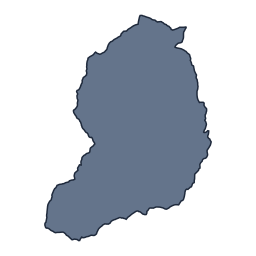 Kangpara, Tashigang, Bhutan
{"feature_id": "84629894B39590261295219", "entity_name": "Kangpara", "entity_type": "district", "adm_level": 2, "iso_a3": "BTN", "parent_name": "Bhutan", "parent_adm1": "Tashigang", "projection": "equal_earth", "projection_center": [91.702, 27.164], "detail": "fine", "context": "isolated", "style": "filled", "palette": "slate", "viewbox_px": 256, "rotation_deg": 0, "n_neighbors": 0, "source": "geoboundaries", "source_scale": "gbopen_adm2", "svg_char_len": 5718}
<svg xmlns="http://www.w3.org/2000/svg" viewBox="0 0 256 256"><path d="M78.6,240.6L79.7,240.5L80.1,239.4L80.8,238.3L81.4,237.6L81.6,237.1L81.9,237.1L82.3,237.6L83.6,237.7L85.0,237.4L85.6,237.1L86.9,236.6L87.7,236.6L88.7,236.3L91.1,235.2L94.0,235.5L95.0,235.1L95.9,234.4L96.5,233.8L96.9,232.4L97.7,230.7L98.6,228.9L99.3,228.1L100.7,226.8L101.8,226.1L102.6,225.1L104.9,223.8L105.6,224.0L108.4,224.1L110.1,223.1L111.1,221.4L112.1,220.7L114.1,219.7L115.2,219.5L116.3,218.9L118.2,218.2L119.3,217.6L120.5,217.6L121.9,218.1L122.8,217.9L123.7,218.4L124.9,218.6L126.2,219.3L127.9,217.2L129.5,216.1L131.7,214.2L136.1,211.3L137.3,211.0L138.2,211.1L138.9,211.7L139.6,211.7L140.3,211.9L142.7,214.0L144.7,214.6L146.0,214.6L146.3,214.3L146.9,212.9L146.8,211.9L146.9,211.3L147.8,210.6L149.2,208.4L150.1,208.0L153.5,208.1L154.5,207.6L156.1,207.0L157.4,207.0L159.8,207.1L163.1,207.9L164.9,208.9L165.8,209.1L166.8,209.1L167.4,208.7L168.7,208.1L170.2,206.8L172.5,205.6L174.3,204.9L175.4,204.7L177.2,204.7L178.4,204.9L178.7,204.8L179.8,203.0L181.3,200.8L182.5,200.5L182.9,200.2L183.5,199.3L184.3,196.6L184.9,193.2L184.9,192.4L185.4,190.5L186.1,189.5L186.8,189.1L187.9,189.4L188.7,188.6L189.7,187.8L190.2,187.2L191.4,186.8L191.9,185.6L192.3,184.2L192.8,183.3L194.2,182.6L194.3,180.1L194.6,179.0L194.7,174.5L194.8,174.1L197.6,171.3L198.5,170.3L198.8,169.1L199.2,168.6L199.9,168.2L200.0,167.1L199.8,164.6L200.1,163.9L200.7,162.7L202.1,161.3L202.6,159.6L203.8,158.6L205.0,158.4L206.0,157.9L206.6,157.2L207.5,155.4L207.6,154.4L207.1,151.8L207.1,150.3L208.9,147.6L210.4,145.0L211.1,142.3L211.1,141.6L210.3,140.5L209.8,139.1L208.8,138.5L207.7,137.1L207.8,135.6L208.3,134.5L208.5,133.4L208.7,131.7L208.7,130.9L207.7,130.7L206.8,131.6L205.7,132.4L204.4,132.5L203.8,132.4L203.6,132.0L204.0,131.2L204.3,130.0L205.2,128.9L206.3,124.9L206.4,124.1L205.8,122.0L205.3,121.0L204.8,120.6L204.8,120.1L205.6,118.8L205.6,118.0L205.2,117.0L205.2,114.8L205.9,113.7L206.3,111.7L206.6,111.1L206.6,109.0L206.4,108.5L205.1,107.2L204.0,105.4L204.1,103.1L203.2,102.3L200.0,102.3L199.4,102.5L197.9,99.7L197.4,98.0L197.1,96.1L197.0,94.7L197.0,91.3L197.7,89.1L198.0,86.2L197.7,85.1L197.7,82.7L197.4,81.7L197.1,79.6L196.3,78.3L196.1,77.2L196.5,75.0L195.8,73.8L194.5,71.1L193.7,67.2L193.6,66.2L193.3,65.8L192.4,65.4L191.7,64.7L191.4,62.9L190.6,60.9L190.3,60.4L190.5,59.8L190.7,58.6L190.4,57.5L189.9,56.3L189.7,55.0L189.0,54.2L187.3,53.0L186.0,51.4L185.4,51.2L184.4,50.4L181.3,48.8L176.9,47.9L175.1,47.3L175.1,46.5L175.4,46.0L176.1,45.0L178.2,43.2L180.9,42.7L182.2,41.8L182.4,40.7L183.3,38.5L183.5,37.1L183.5,33.7L183.7,31.9L184.5,30.7L185.2,29.1L186.1,27.8L186.1,27.2L185.9,27.0L183.5,27.3L180.8,27.3L179.8,27.2L178.1,28.2L174.1,29.7L172.6,30.1L171.8,29.6L171.2,29.5L170.7,28.1L170.3,27.8L169.7,27.3L168.9,26.3L168.6,26.2L167.8,26.0L166.8,25.3L166.3,24.6L164.7,24.1L164.2,23.8L163.2,22.8L162.1,22.3L161.5,21.7L160.6,21.6L158.6,21.8L157.3,22.0L156.4,21.2L155.9,21.1L155.2,20.3L154.9,20.1L153.6,20.0L152.1,19.6L150.7,18.5L148.8,17.7L146.7,17.1L144.1,16.1L143.0,15.9L142.0,15.4L141.3,15.4L140.1,15.5L139.5,16.9L138.7,20.5L138.5,21.2L138.1,24.2L135.5,24.9L133.7,25.7L132.4,26.5L130.1,28.2L129.5,28.4L127.9,29.5L126.6,31.0L123.6,31.3L121.1,34.0L120.7,35.7L119.9,36.3L118.2,37.1L117.2,37.9L114.0,39.6L112.3,41.2L110.7,41.8L109.3,43.2L108.3,44.9L107.3,47.7L107.1,48.7L106.7,49.6L105.4,50.9L104.8,51.7L104.1,52.3L103.0,52.7L100.7,54.0L99.7,54.3L99.2,54.0L97.1,53.3L95.6,52.1L94.9,52.7L93.5,54.5L92.3,55.4L90.0,56.6L88.0,58.2L88.1,58.4L88.0,58.7L87.9,59.5L87.2,61.2L86.8,63.6L86.9,64.3L86.7,64.9L86.9,65.2L86.6,66.9L86.9,68.5L86.9,69.2L86.4,70.3L86.3,70.7L86.3,71.2L86.6,71.7L86.8,73.5L86.5,74.4L86.5,75.0L86.2,75.1L85.9,75.6L85.0,76.4L83.5,77.4L83.1,77.9L83.0,78.7L82.6,79.2L82.1,80.7L82.3,81.7L82.0,83.1L81.6,83.6L81.1,84.6L81.1,85.1L80.7,85.7L80.6,86.3L80.2,87.3L79.4,88.8L78.6,89.9L77.2,90.4L76.7,91.1L76.6,91.5L76.7,91.9L77.6,93.6L77.6,94.2L77.4,94.8L77.0,95.6L77.0,96.4L77.2,98.5L77.4,99.0L77.8,99.7L77.9,100.3L77.7,101.5L77.4,102.5L77.5,103.0L77.3,103.7L77.5,104.2L77.3,106.2L76.0,108.1L75.1,109.1L74.3,109.8L73.9,109.9L73.6,110.2L73.4,110.9L73.8,112.7L75.5,115.5L75.9,115.9L76.4,116.6L76.6,117.6L77.2,118.3L78.3,118.9L79.0,119.4L79.5,120.3L80.0,121.5L80.6,122.1L80.9,123.2L81.3,124.2L81.4,125.3L81.9,126.3L81.9,126.6L82.1,127.3L82.8,128.5L84.2,129.9L84.9,131.0L86.0,132.4L87.1,132.9L87.7,133.6L88.1,134.4L88.4,135.4L88.9,136.5L89.3,137.0L90.3,137.5L91.6,137.4L92.0,137.9L92.6,139.1L92.9,140.3L93.4,141.4L94.4,142.7L94.7,143.5L94.7,144.1L94.4,144.2L93.3,145.9L92.5,146.3L91.3,147.4L90.7,147.8L90.3,148.3L90.1,149.2L90.0,150.4L89.9,150.8L89.8,151.9L88.8,152.9L86.7,153.5L86.3,153.7L85.1,154.9L84.6,155.0L83.8,155.5L82.1,157.4L81.9,158.2L81.8,159.5L81.2,160.8L80.9,161.9L81.2,165.0L80.8,165.0L79.6,164.8L79.2,165.2L78.9,166.0L78.4,166.7L78.2,167.2L77.8,167.7L77.6,168.1L77.7,169.0L77.9,170.3L75.0,172.8L74.7,173.4L74.2,175.4L74.2,176.2L74.7,178.1L74.7,178.8L74.7,179.3L73.9,179.6L73.4,179.9L71.6,180.1L69.5,180.8L69.1,181.2L69.0,181.6L68.5,182.0L68.0,182.1L65.5,182.7L64.2,183.5L63.5,183.7L62.9,183.7L61.8,184.1L59.4,184.4L57.5,185.2L57.0,185.4L56.5,186.6L55.8,187.8L54.7,188.6L53.6,190.6L53.1,192.0L52.4,193.6L52.3,193.9L51.9,195.0L51.9,195.6L52.1,196.3L52.0,197.0L51.5,198.4L51.4,199.3L50.9,200.2L49.7,201.2L48.0,204.4L47.6,206.3L47.0,212.2L47.0,213.1L46.7,214.4L46.6,216.2L46.9,217.1L46.7,218.2L45.9,222.3L45.4,222.7L45.0,223.4L44.9,224.3L44.9,225.2L45.6,227.4L46.3,228.1L47.1,228.0L48.8,228.6L51.1,230.5L53.4,231.5L54.0,232.1L54.9,232.5L55.3,232.7L57.4,232.4L59.0,232.4L62.4,232.1L63.2,232.2L63.9,232.5L65.5,233.8L66.1,234.8L66.6,235.3L68.0,236.0L71.9,239.7L72.6,239.7L74.3,239.1L75.1,239.2L77.2,239.5L78.6,240.6Z" fill="#64748b" stroke="#1e293b" stroke-width="1.5"/></svg>